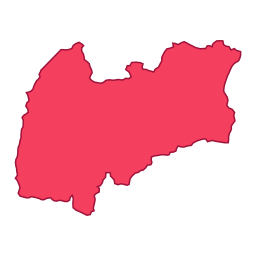 Taperoá, Bahia, Brazil
{"feature_id": "56859067B18364917400541", "entity_name": "Taperoá", "entity_type": "district", "adm_level": 2, "iso_a3": "BRA", "parent_name": "Brazil", "parent_adm1": "Bahia", "projection": "mercator", "projection_center": [-39.219, -13.583], "detail": "fine", "context": "isolated", "style": "filled", "palette": "rose", "viewbox_px": 256, "rotation_deg": 0, "n_neighbors": 0, "source": "geoboundaries", "source_scale": "gbopen_adm2", "svg_char_len": 3125}
<svg xmlns="http://www.w3.org/2000/svg" viewBox="0 0 256 256"><path d="M240.6,51.6L236.3,50.4L234.4,48.6L231.0,49.9L229.0,46.7L225.8,46.1L223.6,44.6L222.8,40.8L219.4,40.8L216.7,40.9L214.3,42.6L212.6,44.4L212.1,46.8L209.8,45.8L207.2,45.9L205.6,48.6L203.3,48.5L200.3,48.8L197.5,48.1L195.1,47.4L192.1,45.8L189.7,44.7L187.4,43.3L184.1,41.7L181.1,42.9L178.0,44.6L175.4,43.5L172.8,43.2L173.5,46.8L170.3,48.2L167.0,48.8L164.8,51.5L163.3,54.3L161.8,57.4L161.8,60.9L160.2,63.8L158.5,67.2L155.3,69.1L153.7,72.0L151.2,71.2L149.0,70.7L146.0,69.4L143.0,69.3L142.1,67.0L143.0,63.9L140.1,62.7L136.1,62.2L131.7,62.5L129.9,65.7L127.3,65.7L125.8,69.6L129.0,72.0L130.3,74.7L131.1,77.0L128.8,78.6L125.5,78.3L123.3,79.8L120.8,79.9L118.1,79.5L114.7,80.1L112.2,80.2L109.8,79.8L106.2,80.2L102.8,82.8L100.1,83.2L97.2,82.6L94.4,82.1L91.5,80.4L89.6,78.0L90.8,75.1L92.1,72.8L91.6,70.0L90.1,67.0L89.2,63.6L86.9,61.5L84.5,59.8L84.1,56.9L83.4,54.1L81.7,51.2L81.7,47.8L83.6,45.7L81.9,44.1L79.0,42.3L75.9,43.6L73.3,45.4L71.9,48.4L68.7,49.6L65.6,49.9L61.1,49.6L43.0,68.2L41.1,70.0L40.3,72.1L39.1,74.4L40.1,76.9L38.5,79.0L36.8,80.6L35.1,83.4L33.7,86.6L33.1,88.8L31.4,90.9L29.0,92.0L26.4,92.6L27.8,95.0L28.5,97.9L29.0,100.8L27.0,102.6L25.8,106.1L27.8,109.1L28.2,112.1L26.3,113.8L23.9,115.2L22.1,117.4L23.3,120.4L23.2,123.4L23.1,126.7L21.5,129.6L21.3,132.3L21.0,134.9L21.0,137.8L20.1,140.5L19.4,144.5L18.2,147.5L17.9,150.4L17.8,153.8L17.2,157.0L15.9,159.6L15.5,162.3L15.9,166.0L16.6,168.3L16.8,171.3L17.5,175.1L15.4,178.2L17.4,180.6L18.8,184.0L20.0,187.3L19.1,190.7L18.2,193.2L20.1,196.1L23.7,197.1L26.4,197.8L28.9,197.8L31.4,196.6L34.6,197.3L36.9,197.8L39.4,198.6L41.6,199.7L43.9,199.7L46.9,198.3L50.6,197.7L52.2,199.5L54.2,200.8L56.9,201.1L59.1,200.3L61.9,200.7L64.8,201.5L67.3,201.5L69.5,200.2L70.3,197.3L72.2,195.3L73.3,198.6L72.9,202.9L73.1,207.7L76.3,210.3L80.2,211.9L83.9,213.7L86.8,215.2L90.2,214.6L91.5,211.6L94.1,210.8L93.2,208.2L93.8,205.9L94.6,202.5L95.1,199.4L94.2,195.3L96.4,193.4L99.2,191.9L99.3,188.4L97.4,186.7L100.3,185.7L102.3,182.8L103.1,180.0L105.6,177.1L105.9,172.6L110.2,172.7L110.6,176.2L112.5,178.0L114.2,180.1L114.8,183.6L118.0,184.7L120.4,183.9L123.0,184.1L126.8,185.2L129.1,184.4L129.6,181.1L130.2,178.5L131.9,176.2L135.1,173.2L138.2,172.4L140.7,170.5L143.1,170.1L145.4,168.1L147.6,165.1L150.9,164.7L151.9,162.6L151.2,159.9L151.5,156.9L154.7,155.8L157.7,155.5L160.8,154.8L164.0,154.7L166.5,155.1L169.0,154.8L170.3,152.3L173.3,152.1L175.9,151.0L176.5,148.6L178.2,145.9L180.7,146.9L184.0,147.0L187.9,145.8L191.3,145.4L193.0,143.1L195.9,141.4L198.5,140.4L201.0,139.6L203.3,139.0L205.7,139.0L207.6,141.7L209.8,141.0L212.4,140.5L215.8,141.3L218.9,141.8L222.1,142.3L224.5,142.7L228.2,142.7L228.6,140.0L228.6,136.6L229.5,133.0L230.7,131.0L231.4,128.8L231.3,126.2L232.7,123.8L234.9,121.0L234.4,118.0L233.7,115.4L234.6,112.5L232.2,109.4L228.8,107.9L226.8,105.4L227.3,103.1L227.9,100.4L227.3,97.3L225.6,94.6L223.9,92.0L223.7,89.6L224.3,85.7L225.1,82.8L226.1,79.8L227.0,77.3L227.9,75.0L229.0,72.8L230.2,69.9L231.7,66.7L233.5,64.2L235.8,62.4L238.5,60.9L239.8,58.3L240.6,55.4L240.6,51.6Z" fill="#f43f5e" stroke="#9f1239" stroke-width="1.5"/></svg>